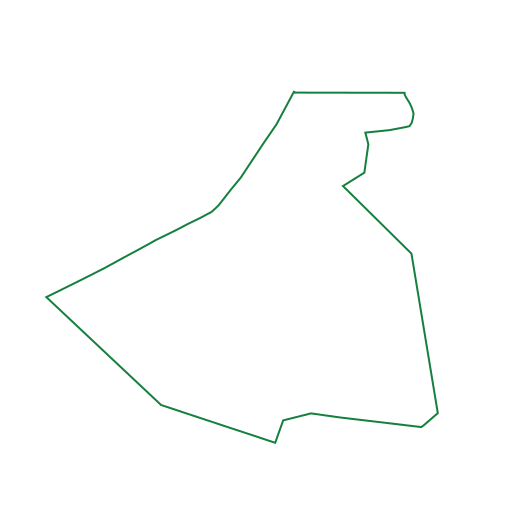 the district of Trou Rouge, Castries, Saint Lucia, rotated 278°
{"feature_id": "8701671B79423766550609", "entity_name": "Trou Rouge", "entity_type": "district", "adm_level": 2, "iso_a3": "LCA", "parent_name": "Saint Lucia", "parent_adm1": "Castries", "projection": "equal_earth", "projection_center": [-60.989, 14.006], "detail": "fine", "context": "isolated", "style": "outline", "palette": "green", "viewbox_px": 512, "rotation_deg": 278, "n_neighbors": 0, "source": "geoboundaries", "source_scale": "gbopen_adm2", "svg_char_len": 664}
<svg xmlns="http://www.w3.org/2000/svg" viewBox="0 0 512 512"><g transform="rotate(278 256 256)"><path d="M73.7,301.0L97.0,305.8L107.8,332.4L107.8,361.3L109.6,443.4L111.5,445.5L125.7,457.9L280.0,409.6L337.4,332.4L353.6,351.7L382.3,351.7L393.4,347.1L399.2,370.6L404.5,386.2L405.9,389.9L409.7,391.7L414.4,392.2L418.9,392.2L424.0,389.9L428.4,387.2L433.9,382.6L436.6,380.7L438.3,380.4L423.1,271.0L424.7,271.0L389.3,258.0L368.0,247.4L331.5,230.0L319.1,222.4L300.8,211.8L293.6,206.0L286.3,196.0L278.0,183.7L270.8,173.7L257.8,154.5L248.5,142.2L235.8,124.9L222.9,107.6L207.8,85.9L186.1,54.1L95.2,182.8L73.7,301.0Z" fill="none" stroke="#15803d" stroke-width="2"/></g></svg>